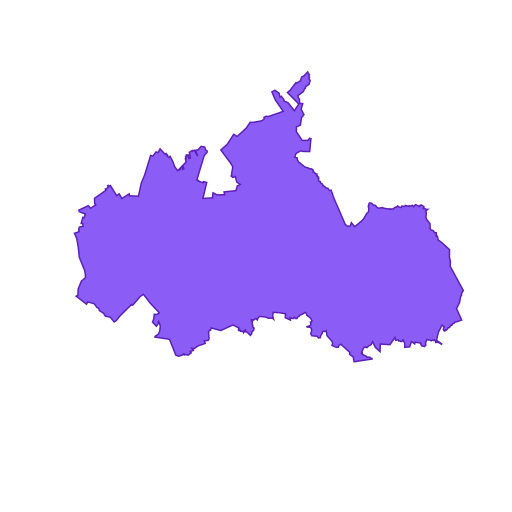 San Luis de la Paz, Guanajuato, Mexico (Albers equal-area conic projection), rotated 68°
{"feature_id": "50627088B5782289806416", "entity_name": "San Luis de la Paz", "entity_type": "district", "adm_level": 2, "iso_a3": "MEX", "parent_name": "Mexico", "parent_adm1": "Guanajuato", "projection": "albers", "projection_center": [-100.461, 21.381], "detail": "fine", "context": "isolated", "style": "filled", "palette": "violet", "viewbox_px": 512, "rotation_deg": 68, "n_neighbors": 0, "source": "geoboundaries", "source_scale": "gbopen_adm2", "svg_char_len": 6123}
<svg xmlns="http://www.w3.org/2000/svg" viewBox="0 0 512 512"><g transform="rotate(68 256 256)"><path d="M322.5,356.0L321.5,352.4L319.8,352.7L320.1,349.6L317.5,350.0L318.8,348.4L317.7,343.2L318.0,335.8L315.4,335.8L316.3,331.9L315.3,330.6L308.3,328.3L307.6,326.8L307.8,325.9L305.9,324.5L311.9,316.6L311.3,303.3L316.5,298.6L317.2,299.7L318.5,300.0L318.9,299.6L318.6,298.6L320.0,298.5L321.0,296.3L322.3,296.2L320.8,294.9L320.7,293.6L322.2,294.4L322.7,293.1L327.5,291.0L326.3,289.0L325.0,288.5L324.1,286.2L322.2,284.8L320.1,285.6L318.8,284.8L317.6,285.2L315.8,283.9L314.9,283.8L314.3,284.5L313.3,284.1L314.5,282.2L313.9,279.5L315.8,278.8L314.0,277.0L313.5,275.8L313.7,274.6L316.3,269.8L318.2,268.0L319.9,263.9L321.1,263.4L317.6,262.9L314.7,261.1L317.4,255.4L320.7,250.2L324.1,252.0L328.3,248.1L325.9,247.6L328.0,245.0L327.2,243.3L328.9,242.6L329.3,241.5L328.1,240.0L328.0,238.3L327.3,237.4L327.3,234.3L326.7,231.5L328.5,230.8L329.9,231.1L333.8,228.8L336.9,228.4L337.7,228.9L337.7,230.4L340.0,230.7L340.8,231.9L340.6,235.2L341.1,235.2L342.2,232.7L343.8,231.8L346.3,232.5L348.6,234.4L350.9,234.1L353.3,229.4L355.4,228.8L355.9,227.0L354.0,225.9L352.5,223.4L351.0,222.7L351.2,220.6L351.8,220.4L351.7,218.9L356.4,220.0L364.0,217.4L365.9,217.8L367.3,219.1L370.8,215.7L371.4,213.8L369.9,212.5L369.6,210.4L380.5,205.1L382.4,206.0L385.9,203.7L390.8,204.7L395.0,187.0L394.4,186.9L394.1,187.9L392.5,188.3L391.3,191.2L390.5,191.1L387.0,194.3L386.4,194.5L386.6,194.1L385.6,193.6L384.7,194.0L381.4,190.5L381.2,189.5L382.2,187.8L382.0,187.3L382.5,187.0L381.5,185.1L381.5,182.9L379.2,180.0L385.7,179.5L391.1,176.8L384.2,173.7L388.4,165.0L383.7,157.8L386.5,158.1L387.0,155.5L388.4,155.4L388.7,154.4L389.6,153.8L389.9,152.7L388.9,151.1L392.6,150.8L396.4,152.3L397.8,147.5L393.5,143.9L397.0,141.8L395.5,140.8L398.5,135.8L399.8,136.3L401.6,135.9L403.1,133.6L402.3,132.0L400.0,131.3L397.5,128.8L399.6,125.6L400.2,125.5L400.2,123.7L401.1,122.7L400.7,121.9L402.3,121.3L403.5,121.7L404.3,119.3L407.3,117.1L406.9,116.8L401.8,120.2L395.2,115.6L389.7,109.4L392.0,108.1L394.2,109.8L396.0,109.6L396.2,108.7L395.5,107.9L396.0,107.4L395.5,105.9L394.5,104.7L394.8,103.4L393.1,101.0L393.6,100.5L392.5,99.1L392.5,97.4L391.7,95.9L392.2,94.7L392.4,89.3L379.8,89.8L375.6,84.9L370.2,81.4L369.6,80.3L367.6,79.4L365.7,76.7L338.5,79.8L333.3,77.6L329.9,77.2L322.6,74.2L313.2,78.7L309.4,81.1L305.5,80.4L305.3,81.4L304.2,81.5L303.6,80.7L301.9,80.2L301.2,81.7L299.0,82.1L297.3,84.0L296.1,84.3L291.2,82.6L285.7,84.1L283.6,83.9L279.6,81.8L278.0,82.0L277.1,79.4L276.7,80.6L274.7,82.1L274.7,83.0L273.1,81.8L270.5,83.8L270.4,84.8L271.5,85.7L268.1,88.9L269.5,91.3L267.6,92.0L267.6,93.9L266.8,95.1L267.4,95.6L265.0,98.6L265.8,99.6L264.3,102.1L265.4,103.1L264.3,105.0L262.6,105.9L263.5,107.5L263.0,108.3L263.1,109.8L263.9,111.1L263.2,112.3L263.2,113.9L262.2,114.2L262.0,115.7L259.0,120.4L258.5,120.4L257.7,124.1L256.7,125.4L253.8,126.3L252.8,128.0L250.1,129.3L249.4,130.7L249.5,131.4L252.1,133.3L254.7,133.8L257.2,135.2L258.0,137.4L261.8,142.2L263.0,144.8L265.9,153.5L260.8,155.1L263.5,157.3L262.8,159.9L260.2,161.4L232.0,162.1L223.1,161.7L223.0,162.8L222.3,163.6L220.3,163.9L218.5,166.1L217.3,166.1L216.1,167.6L215.6,167.3L213.8,167.7L212.7,168.6L211.0,168.5L210.6,169.3L209.2,169.8L208.0,168.8L206.9,169.2L206.4,168.4L205.0,169.5L204.4,169.0L203.6,169.5L202.9,168.8L201.6,170.4L200.3,170.4L199.5,171.6L198.1,170.8L196.9,171.2L195.7,172.2L195.6,173.4L194.3,174.2L191.8,177.3L184.8,181.3L182.2,181.6L180.6,181.0L178.9,183.1L176.0,180.5L175.2,175.3L176.7,173.2L179.3,167.1L167.8,161.1L166.9,162.2L168.3,164.4L166.1,169.9L155.8,172.0L151.4,170.1L151.3,165.8L145.0,162.2L142.9,158.6L136.9,159.2L132.2,155.6L131.2,157.9L129.8,158.1L127.2,157.0L124.6,157.4L123.0,157.0L121.3,150.4L119.5,148.8L118.9,147.3L117.6,146.5L116.6,142.4L113.6,140.1L111.4,140.5L110.8,139.7L108.6,139.3L107.6,138.5L106.4,139.2L104.7,139.1L107.0,144.2L107.1,146.5L110.2,149.2L110.8,152.6L110.8,153.8L110.2,154.0L115.1,162.3L116.2,165.6L131.1,159.4L135.7,166.0L125.8,168.9L122.8,172.0L121.4,171.6L117.4,172.7L117.6,174.3L113.8,173.6L109.4,176.4L109.8,179.8L118.5,179.6L132.1,176.6L131.3,192.5L130.3,194.1L130.4,196.6L132.1,197.1L132.8,200.0L131.1,208.4L129.9,211.4L133.8,217.2L138.1,228.7L134.8,231.1L141.7,240.9L144.5,248.9L159.8,244.9L164.6,244.1L171.0,248.0L171.9,248.0L172.5,249.1L174.6,247.9L174.5,245.4L180.2,246.1L183.8,243.8L184.1,247.2L187.9,250.1L184.6,261.6L187.4,262.1L184.8,269.1L181.3,272.2L185.8,274.6L182.7,283.6L169.3,274.1L167.4,276.9L168.3,277.5L165.1,281.4L164.5,281.0L163.4,282.4L143.7,266.6L141.3,262.2L139.9,262.1L139.0,263.0L135.8,262.7L133.8,265.7L135.8,270.1L135.3,272.7L141.6,272.6L134.8,273.7L134.9,275.9L134.3,275.8L134.9,279.0L140.7,280.2L140.3,281.7L136.9,281.0L136.2,282.8L137.8,283.0L137.4,284.0L139.6,284.3L139.3,285.0L142.7,285.6L144.5,289.7L148.2,290.4L148.2,291.5L145.0,290.9L146.2,293.4L147.2,293.6L147.4,294.4L146.5,294.2L147.6,296.7L142.3,298.0L137.9,297.7L131.4,298.3L132.1,299.9L130.2,300.9L129.6,300.1L127.3,300.9L127.9,302.1L120.7,304.8L123.4,308.1L122.0,309.7L124.8,314.2L123.3,316.0L139.3,329.0L145.4,335.0L156.5,342.6L152.8,350.8L150.9,350.3L152.4,358.8L147.1,359.6L147.8,362.6L136.1,364.6L136.2,366.5L135.2,366.6L135.3,367.2L136.6,367.1L137.6,369.3L137.5,370.6L138.9,370.6L142.0,384.1L146.9,385.9L148.5,385.4L149.8,391.4L146.5,392.7L147.1,403.0L148.7,403.2L153.2,398.5L156.1,401.2L155.3,402.1L160.3,405.9L160.9,404.5L163.8,405.2L163.0,408.9L164.9,410.5L167.2,410.9L166.9,415.8L172.3,415.6L180.8,417.4L191.0,420.3L205.2,420.3L209.9,421.3L212.3,422.4L213.8,427.2L219.9,433.2L225.8,435.9L225.9,437.8L237.2,431.2L235.5,429.3L239.6,423.9L244.3,422.7L245.4,421.5L248.0,421.6L252.0,418.8L255.3,418.2L258.1,414.1L264.0,412.2L263.5,409.6L260.6,404.6L254.3,389.4L255.2,389.2L255.4,388.6L250.2,378.6L249.4,374.7L259.9,371.8L272.4,367.0L273.1,369.9L271.9,372.2L275.8,374.2L278.5,376.7L283.8,374.7L282.1,372.0L280.3,370.9L281.8,370.6L285.4,371.1L289.4,373.3L291.8,375.6L292.6,379.4L293.3,380.1L300.8,367.4L317.9,367.5L319.9,365.3L320.3,362.2L319.6,359.9L320.1,359.3L320.8,359.7L321.0,359.3L320.5,359.0L322.5,356.0Z" fill="#8b5cf6" stroke="#5b21b6" stroke-width="1.5"/></g></svg>